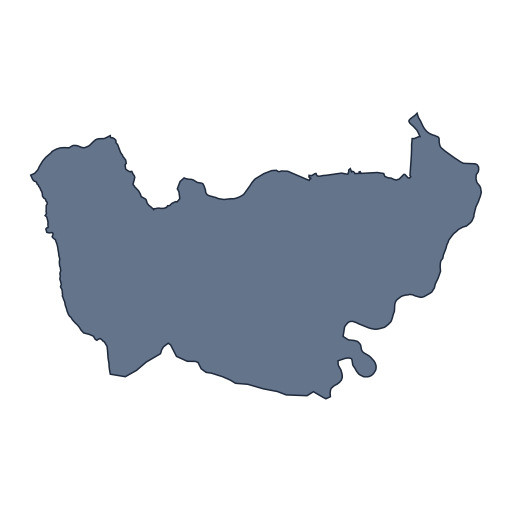 Ormenis, Brasov, Romania
{"feature_id": "2599482B25677324063372", "entity_name": "Ormenis", "entity_type": "district", "adm_level": 2, "iso_a3": "ROU", "parent_name": "Romania", "parent_adm1": "Brasov", "projection": "mercator", "projection_center": [25.52, 46.009], "detail": "fine", "context": "isolated", "style": "filled", "palette": "slate", "viewbox_px": 512, "rotation_deg": 0, "n_neighbors": 0, "source": "geoboundaries", "source_scale": "gbopen_adm2", "svg_char_len": 5990}
<svg xmlns="http://www.w3.org/2000/svg" viewBox="0 0 512 512"><path d="M330.4,396.7L330.1,393.1L330.5,390.2L331.2,388.3L334.2,385.7L337.5,383.9L339.5,382.3L341.3,380.2L342.2,377.9L342.3,376.3L342.1,374.3L341.8,373.0L340.9,369.9L338.5,365.7L338.2,364.4L338.0,360.8L344.8,358.5L346.6,358.1L348.3,358.0L350.2,358.2L351.6,358.9L352.1,360.6L352.7,364.8L353.5,366.3L354.7,367.9L356.6,371.3L358.9,374.2L360.3,375.1L363.8,376.8L367.8,376.8L369.8,376.3L371.6,375.3L372.7,374.4L373.7,373.3L375.5,370.5L375.9,369.3L376.1,367.9L376.1,366.0L375.7,364.4L374.9,362.4L374.1,361.1L371.0,357.6L368.8,355.7L365.0,353.5L363.7,352.7L362.7,351.8L362.1,351.0L361.7,350.2L361.3,348.8L360.7,345.3L360.2,344.2L358.5,342.3L357.4,341.4L354.3,340.5L348.7,339.9L347.5,339.3L343.1,336.4L344.6,326.9L345.7,325.2L348.0,322.6L349.5,321.7L351.1,321.4L352.8,321.4L356.5,322.7L358.9,323.9L368.5,327.8L371.6,328.7L374.6,329.2L376.8,329.2L379.0,328.8L384.2,327.4L385.6,326.6L388.4,324.3L390.8,321.8L391.3,320.9L392.2,318.4L393.4,314.0L394.4,311.4L394.8,304.0L395.6,301.7L396.6,300.1L397.9,299.0L400.9,296.7L402.5,295.9L405.6,295.1L408.0,294.9L409.8,294.4L412.7,294.8L415.2,295.9L420.3,297.3L422.1,297.2L424.1,296.6L429.8,293.4L431.7,292.1L433.0,290.1L434.3,288.1L435.3,284.0L438.1,278.2L440.5,271.4L440.4,269.4L440.2,267.5L440.2,265.5L440.4,262.9L440.8,261.0L442.9,258.0L443.3,255.2L445.9,248.6L446.8,245.0L448.2,242.0L448.7,240.2L451.8,236.0L453.7,233.6L456.1,231.7L458.5,229.4L462.8,227.1L466.5,226.0L470.5,222.7L471.9,221.0L473.9,216.5L473.9,214.9L475.9,206.9L478.5,201.4L479.3,198.9L480.3,196.4L481.3,192.3L480.5,187.6L479.6,185.8L477.0,182.6L476.5,180.9L476.0,178.8L476.2,175.0L477.0,173.6L478.1,172.1L478.7,169.8L478.6,167.1L477.4,165.0L476.6,164.4L475.1,163.8L463.4,163.3L460.8,162.0L454.1,157.6L445.1,151.1L441.3,147.9L440.3,146.7L439.7,144.8L439.2,142.5L439.1,138.7L438.8,137.8L437.9,136.8L435.9,136.1L434.5,135.4L432.8,135.0L429.3,133.4L426.6,131.3L424.5,128.8L422.9,126.1L420.5,120.9L418.5,117.6L417.9,116.0L417.1,113.2L415.4,115.0L410.4,118.8L409.3,120.0L408.9,120.9L409.0,121.5L409.5,122.6L410.5,123.8L413.4,126.4L416.9,130.2L418.3,132.8L420.0,136.5L419.2,136.5L414.4,138.5L412.1,138.6L412.0,141.2L411.6,144.3L411.6,148.8L411.4,154.6L410.9,162.5L410.2,171.9L410.0,175.6L410.8,176.6L410.5,177.1L409.4,178.0L408.1,177.9L404.9,174.4L403.8,174.4L399.2,179.1L397.6,179.5L396.4,180.1L393.6,179.3L391.2,178.1L388.1,177.8L384.8,176.4L383.7,173.5L377.3,172.5L361.1,173.4L360.1,171.6L359.1,172.0L359.8,173.3L355.0,173.6L354.3,172.4L352.8,171.3L351.6,171.9L350.3,168.6L348.7,170.0L348.7,172.1L348.2,172.7L348.1,173.9L347.3,174.2L341.5,173.1L326.2,175.3L323.1,175.5L320.3,176.1L319.0,176.2L317.5,176.0L316.8,175.5L316.1,173.5L315.7,173.5L314.6,173.8L311.7,175.7L311.3,175.7L310.9,175.4L310.1,175.7L309.1,175.3L308.9,177.0L310.8,178.3L310.5,178.9L310.0,178.9L309.6,179.2L309.1,180.4L287.7,171.2L281.1,171.0L280.0,171.6L279.0,171.6L277.7,171.3L276.4,170.3L271.7,170.6L263.9,173.6L255.0,179.0L252.1,182.4L250.0,185.7L244.1,193.9L242.6,195.2L239.6,196.9L236.4,198.1L233.6,198.8L231.1,198.7L224.0,199.5L218.7,198.7L215.7,197.5L209.8,195.9L207.3,194.9L205.8,192.7L205.3,189.4L203.8,185.4L202.8,183.7L201.4,183.1L197.2,182.4L193.6,180.1L191.7,179.4L188.5,179.2L186.0,178.7L184.1,177.9L180.0,181.6L177.3,188.9L178.9,191.6L179.8,198.7L177.1,201.9L175.8,201.6L172.3,203.1L170.8,204.4L169.9,205.4L168.6,205.8L167.6,205.7L166.6,207.5L165.8,207.5L164.2,208.3L160.8,208.4L159.2,208.1L157.3,208.2L155.8,208.6L154.0,208.7L153.7,209.6L151.5,207.4L148.8,205.3L147.8,204.0L147.1,203.0L146.3,200.2L145.8,199.3L144.6,198.5L141.0,196.5L140.9,195.5L140.3,194.0L138.6,190.9L135.7,187.8L134.9,187.1L134.4,186.1L133.2,184.7L133.1,183.7L134.0,180.7L134.8,177.3L134.2,175.6L132.8,173.7L132.4,172.5L131.7,171.3L130.9,171.4L130.4,171.9L128.3,171.0L126.3,169.6L125.6,168.8L125.1,164.8L126.3,163.3L125.7,160.1L123.5,157.1L122.9,156.6L122.4,155.0L121.3,153.7L120.4,152.0L117.6,144.5L116.6,143.5L115.8,142.5L116.0,141.4L115.8,140.2L114.3,138.7L112.7,137.8L111.1,137.7L110.5,137.3L110.3,135.6L104.9,138.3L103.8,138.6L98.8,138.7L96.8,139.2L95.7,139.7L93.4,141.6L89.9,145.1L88.5,146.1L84.6,147.7L83.1,147.7L81.7,147.4L77.6,145.8L76.2,145.5L73.8,145.4L72.5,145.7L69.2,147.7L68.5,147.8L64.5,147.6L62.5,147.7L60.2,147.9L56.6,149.0L52.1,151.4L51.1,152.8L46.0,157.1L44.5,158.8L42.6,161.1L39.3,166.6L38.3,168.9L37.6,170.1L34.6,173.4L30.7,175.1L32.3,178.7L33.4,180.5L34.6,181.3L35.6,181.5L36.6,182.4L37.1,184.1L38.1,184.8L38.5,185.6L38.8,186.5L39.7,187.4L40.7,189.9L41.7,191.6L42.2,193.1L42.5,196.2L44.0,198.3L45.1,198.8L45.7,199.7L46.0,201.1L46.8,201.8L47.2,202.5L47.3,203.2L46.8,204.6L46.3,205.3L46.2,206.2L46.2,210.4L46.0,211.3L46.5,213.2L45.6,215.1L45.1,215.6L46.4,216.6L46.8,217.3L47.7,220.5L48.1,223.0L47.9,223.6L47.9,224.7L48.2,227.0L47.9,227.6L46.9,227.8L46.1,228.5L45.9,229.6L46.3,230.5L46.8,232.4L49.3,232.9L52.2,232.6L52.8,233.1L53.1,234.5L52.1,236.7L52.5,237.3L53.4,238.2L55.4,239.8L57.1,244.7L57.9,248.3L58.0,249.8L58.6,252.9L58.9,255.9L59.7,258.6L59.6,260.6L59.3,261.4L59.4,263.3L59.6,265.4L59.7,266.1L60.3,267.3L60.6,269.7L60.7,270.9L60.0,272.9L59.9,274.5L60.2,275.2L60.4,275.9L59.9,278.1L59.9,279.6L60.4,280.7L61.3,284.6L60.5,286.7L60.7,287.4L61.8,289.2L62.1,290.4L62.3,291.7L62.3,293.1L62.6,294.3L62.4,295.2L62.4,296.3L63.0,297.4L63.3,298.6L64.7,301.9L65.2,305.0L66.2,307.8L67.2,311.4L68.4,314.4L69.6,316.3L70.9,317.3L72.5,319.9L75.5,323.2L77.3,324.8L79.5,327.5L80.8,329.8L83.6,332.9L89.0,334.3L93.3,336.1L95.3,339.4L96.9,340.3L97.9,339.5L100.1,338.5L101.9,339.8L103.1,341.2L104.4,341.9L107.1,346.5L107.6,351.4L108.1,358.5L108.9,363.0L109.1,366.7L109.6,370.4L110.3,374.2L125.3,376.7L136.5,370.4L146.2,362.1L160.5,353.7L161.7,349.8L163.4,346.9L168.2,343.2L170.6,344.9L176.5,356.4L187.3,361.3L195.3,361.4L198.0,362.4L201.2,368.8L206.1,372.4L211.2,373.1L222.6,376.7L230.3,380.1L235.5,383.3L247.8,384.3L263.2,388.8L277.3,391.5L286.2,394.9L307.0,395.7L313.4,391.7L323.7,397.7L325.9,398.8L330.4,396.7Z" fill="#64748b" stroke="#1e293b" stroke-width="1.5"/></svg>